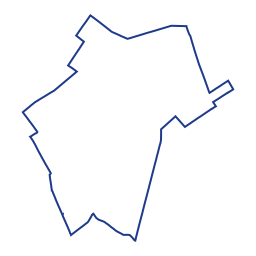 outline of Glodeanu Sarat, Buzau, Romania
{"feature_id": "2599482B71878678877399", "entity_name": "Glodeanu Sarat", "entity_type": "district", "adm_level": 2, "iso_a3": "ROU", "parent_name": "Romania", "parent_adm1": "Buzau", "projection": "mercator", "projection_center": [26.654, 44.861], "detail": "fine", "context": "isolated", "style": "outline", "palette": "blue", "viewbox_px": 256, "rotation_deg": 0, "n_neighbors": 0, "source": "geoboundaries", "source_scale": "gbopen_adm2", "svg_char_len": 4190}
<svg xmlns="http://www.w3.org/2000/svg" viewBox="0 0 256 256"><path d="M135.2,240.5L135.5,239.8L135.8,238.8L135.7,238.5L135.8,238.1L136.3,236.3L136.9,233.9L138.1,229.2L138.9,226.1L139.7,222.9L140.5,219.9L140.8,218.8L141.1,217.4L141.7,215.4L142.2,213.5L142.7,211.4L144.2,205.5L147.9,191.3L148.0,190.9L148.9,187.5L149.7,184.2L150.5,181.3L152.3,174.1L153.7,168.8L154.3,166.4L154.7,164.8L156.3,158.9L156.9,156.2L157.6,153.7L158.4,150.6L159.1,147.7L159.6,145.8L160.1,144.1L160.6,142.3L160.8,141.0L161.0,139.9L161.1,133.6L161.1,129.3L161.4,129.0L161.5,128.9L166.1,124.8L175.5,116.3L184.9,126.9L189.7,123.7L192.9,121.5L194.7,120.3L197.7,118.2L198.0,118.0L199.6,117.0L203.2,114.6L206.1,112.6L207.0,112.0L207.9,111.4L209.0,110.7L209.7,110.2L210.2,109.8L211.9,108.7L212.0,108.8L213.5,107.8L215.0,106.8L215.6,106.5L215.9,106.3L215.3,105.4L213.1,102.1L220.1,97.6L222.5,96.0L224.6,94.7L227.0,93.1L228.2,92.4L228.2,92.5L233.2,89.4L233.1,89.1L228.2,80.7L223.2,83.9L221.7,84.9L221.0,85.4L217.6,87.6L216.4,88.3L214.7,89.5L213.0,90.6L211.7,91.5L210.7,92.1L210.1,92.5L209.5,92.9L209.4,92.8L203.7,76.7L199.0,64.3L197.4,59.3L196.7,57.2L194.2,49.2L193.7,47.4L192.0,41.8L190.3,35.9L189.3,34.4L188.8,33.2L188.3,31.9L187.8,30.6L187.5,29.6L187.4,29.4L187.3,29.1L187.0,28.3L186.7,27.5L186.5,26.7L186.4,26.5L186.4,26.4L186.4,26.1L185.8,26.1L185.0,26.1L183.9,26.1L172.1,25.8L171.2,25.8L165.1,27.6L161.8,28.6L159.5,29.3L154.2,30.9L151.4,31.7L147.2,32.9L139.7,35.2L133.0,37.2L130.5,38.0L129.0,38.4L127.5,38.8L123.3,37.0L121.6,36.3L118.7,34.9L116.0,33.7L115.1,33.3L114.8,33.2L112.1,32.0L110.7,31.0L109.7,30.2L109.2,29.8L105.4,26.8L97.4,20.6L95.0,18.8L92.2,16.7L90.4,15.4L89.9,16.0L87.3,19.8L86.4,21.1L82.9,25.9L79.7,30.5L76.2,35.6L83.9,41.7L80.3,47.1L78.9,49.4L78.7,49.5L68.1,65.5L72.4,68.3L76.8,71.6L75.0,73.1L68.7,78.4L54.2,90.6L50.4,92.8L47.0,94.9L44.4,96.5L40.9,98.6L37.8,100.5L37.0,101.0L34.7,102.4L34.6,102.5L34.3,102.8L34.0,103.0L33.4,103.5L30.5,105.8L29.9,106.4L22.8,112.2L22.8,112.3L23.6,113.3L24.2,114.1L25.2,115.4L26.5,117.1L28.3,119.5L29.5,121.2L30.9,123.0L31.5,123.8L32.3,124.9L33.7,126.7L34.1,127.4L37.0,131.4L37.3,131.9L37.3,132.0L37.3,132.3L37.2,132.4L36.7,132.8L35.9,133.3L35.6,133.5L35.4,133.5L34.6,133.9L32.2,135.5L31.3,136.1L30.4,136.6L30.2,136.7L30.3,136.8L31.1,138.0L31.4,138.5L31.5,138.6L32.1,139.5L33.4,141.5L34.2,143.0L35.0,144.4L38.3,150.9L40.3,154.6L42.5,158.6L44.7,162.6L48.4,169.0L50.8,173.2L50.8,173.3L50.6,173.7L50.0,174.4L49.7,174.6L49.6,174.8L49.7,175.4L49.8,176.3L49.9,176.9L49.9,177.5L50.8,182.9L51.1,185.2L51.5,188.1L51.7,189.5L51.8,189.9L51.8,190.2L51.8,190.4L52.0,190.4L52.1,190.5L52.3,190.9L52.4,191.2L52.5,191.4L52.6,191.6L52.8,192.2L53.1,192.9L53.2,193.3L53.6,194.2L53.8,194.7L54.1,195.3L54.5,196.5L54.8,197.0L55.0,197.5L55.3,198.4L55.6,199.2L56.0,200.1L56.6,201.6L56.8,202.0L57.3,203.2L57.9,204.6L58.6,206.3L59.2,207.5L59.4,208.0L59.7,208.6L59.9,209.2L60.7,210.9L61.1,211.9L61.6,212.9L62.3,214.6L62.8,214.3L62.7,215.5L62.7,215.8L62.9,216.3L63.9,218.4L64.3,219.4L65.1,221.1L65.7,222.6L66.3,223.9L66.9,225.2L67.2,225.9L67.5,226.6L67.8,227.3L68.4,228.7L68.8,229.7L69.0,230.1L69.3,230.8L69.6,231.6L69.9,232.5L70.2,233.3L70.4,233.6L70.7,234.2L71.0,235.0L71.1,234.9L71.4,234.7L71.9,234.3L72.4,233.9L73.2,233.3L73.8,232.9L75.5,231.6L77.4,230.1L78.6,229.2L83.4,225.6L83.7,225.4L84.0,225.1L84.4,224.8L85.1,224.3L85.8,223.7L87.2,222.7L87.5,222.5L87.8,222.2L88.1,221.7L88.8,220.7L89.3,219.8L89.9,218.9L90.5,217.7L90.9,217.2L91.2,216.5L91.4,216.1L91.8,215.4L92.0,214.9L92.2,214.7L92.5,214.4L92.8,214.1L93.0,213.9L93.3,213.7L93.7,214.2L94.1,214.8L95.0,216.1L95.6,217.0L96.5,218.2L96.7,218.3L97.2,218.6L98.3,219.4L99.2,220.0L99.5,220.0L99.9,220.2L102.2,221.0L102.9,221.3L103.7,221.6L104.8,222.2L105.8,223.0L106.2,223.3L107.0,223.8L109.2,225.4L110.8,226.8L111.9,227.6L114.2,229.3L115.4,230.3L116.6,231.2L117.9,231.9L118.5,232.2L120.0,233.0L120.8,233.4L121.2,233.6L122.0,234.1L122.8,234.5L123.3,234.8L123.7,234.9L124.2,234.9L124.7,234.9L125.1,234.9L125.5,234.9L126.1,234.8L126.9,234.8L128.8,234.9L129.3,235.0L129.6,235.1L130.0,235.3L131.4,236.6L132.8,238.1L133.5,239.1L133.9,239.6L134.3,240.0L134.7,240.4L134.8,240.5L135.2,240.6L135.2,240.5Z" fill="none" stroke="#1e3a8a" stroke-width="2"/></svg>